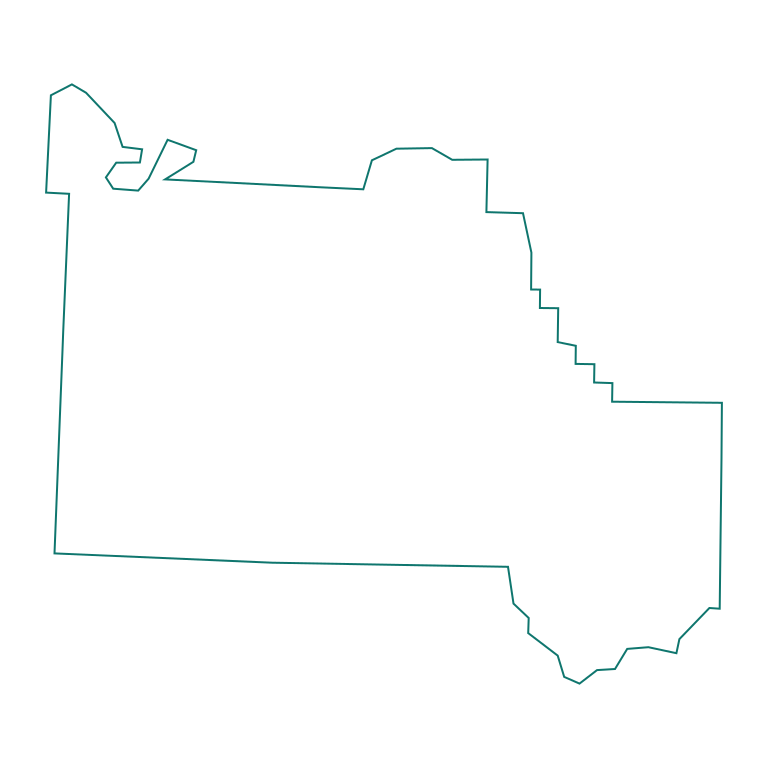 the district of Camden, Missouri, United States of America
{"feature_id": "52423323B51801670345561", "entity_name": "Camden", "entity_type": "district", "adm_level": 2, "iso_a3": "USA", "parent_name": "United States of America", "parent_adm1": "Missouri", "projection": "albers", "projection_center": [-92.734, 38.036], "detail": "fine", "context": "isolated", "style": "outline", "palette": "teal", "viewbox_px": 768, "rotation_deg": 0, "n_neighbors": 0, "source": "geoboundaries", "source_scale": "gbopen_adm2", "svg_char_len": 848}
<svg xmlns="http://www.w3.org/2000/svg" viewBox="0 0 768 768"><path d="M272.1,562.7L508.0,566.8L513.5,603.6L528.7,618.0L528.2,633.1L557.7,655.6L564.2,676.9L579.5,683.6L597.0,670.1L615.0,669.0L627.2,648.9L648.4,647.2L676.4,653.2L679.4,639.1L709.4,608.0L719.7,608.7L721.5,457.9L721.9,402.8L612.1,401.7L612.4,383.1L594.1,382.5L594.4,364.2L575.6,363.9L575.8,345.8L557.7,342.1L558.2,308.2L539.9,308.0L540.1,289.6L531.1,289.5L531.4,252.6L523.0,213.2L486.4,212.1L487.6,159.5L452.2,159.8L431.9,148.1L396.4,148.7L371.9,160.3L363.3,189.3L321.0,187.3L165.1,179.4L193.4,161.8L196.2,150.2L167.6,139.8L148.6,178.7L138.2,190.6L113.2,188.7L105.9,177.4L116.2,162.7L139.9,162.5L142.1,149.3L122.6,146.9L114.6,123.0L86.1,92.8L71.9,84.4L50.9,95.3L46.1,192.6L69.1,193.8L63.2,331.7L62.5,350.3L54.5,553.4L272.1,562.7Z" fill="none" stroke="#0f766e" stroke-width="2"/></svg>